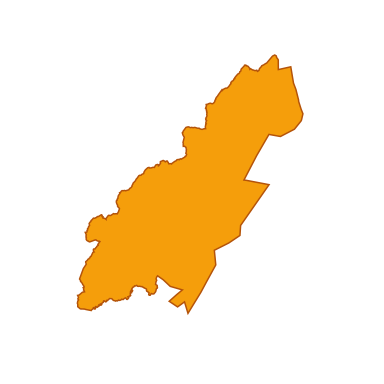 Bayantes, Dzavhan, Mongolia, rotated 305°
{"feature_id": "93677404B69236363496487", "entity_name": "Bayantes", "entity_type": "district", "adm_level": 2, "iso_a3": "MNG", "parent_name": "Mongolia", "parent_adm1": "Dzavhan", "projection": "natural_earth1", "projection_center": [96.047, 49.77], "detail": "fine", "context": "isolated", "style": "filled", "palette": "amber", "viewbox_px": 384, "rotation_deg": 305, "n_neighbors": 0, "source": "geoboundaries", "source_scale": "gbopen_adm2", "svg_char_len": 5967}
<svg xmlns="http://www.w3.org/2000/svg" viewBox="0 0 384 384"><g transform="rotate(305 192 192)"><path d="M313.8,240.4L319.7,238.0L322.4,233.9L327.3,227.5L328.5,226.5L335.6,218.3L339.4,212.7L351.2,201.1L341.8,192.5L349.7,186.9L350.4,185.3L350.6,184.3L351.8,183.0L351.7,181.2L349.5,180.0L340.3,179.2L339.4,178.6L337.0,177.7L336.5,177.3L335.3,176.7L334.7,176.9L332.9,176.6L331.3,176.6L330.1,177.1L328.4,176.5L328.6,175.8L328.9,175.2L328.4,175.0L327.4,173.7L327.1,172.3L326.7,171.5L326.6,169.2L325.8,169.0L326.3,168.5L327.1,166.0L326.9,164.8L326.6,164.3L326.8,164.0L326.5,163.6L326.7,163.2L326.3,163.0L326.0,162.3L325.3,162.5L320.8,161.8L319.1,162.6L317.9,162.2L316.7,162.6L315.9,162.5L315.0,161.9L313.9,161.7L313.3,161.8L312.5,161.6L310.2,161.5L309.6,161.6L309.4,162.0L309.0,161.7L308.4,161.5L307.9,161.8L306.5,161.7L305.7,161.2L305.2,161.3L304.3,161.0L303.5,161.3L303.0,161.8L302.5,161.6L299.5,161.6L298.2,161.4L297.0,161.0L296.6,160.2L296.3,160.1L295.9,159.7L294.1,158.8L292.4,158.5L292.8,157.9L287.3,157.8L284.9,157.9L283.6,157.7L282.0,157.9L281.5,158.3L280.4,158.2L279.0,158.8L277.3,158.7L276.2,158.3L275.6,157.3L275.3,156.2L274.9,155.7L273.8,154.9L273.1,154.6L271.8,153.4L271.5,153.7L271.4,154.2L271.0,154.2L270.7,154.5L270.2,154.5L269.8,154.9L268.9,154.9L268.2,155.2L268.4,155.8L267.8,156.3L267.4,156.9L266.8,157.2L266.7,157.8L265.9,158.1L265.7,158.3L265.6,158.8L263.9,159.6L263.4,160.3L262.0,160.9L261.1,160.8L260.1,161.4L259.8,161.3L259.5,161.8L259.0,161.9L258.9,163.0L257.3,163.3L256.2,163.9L256.1,164.6L255.1,164.5L254.6,164.9L253.5,165.2L252.9,165.8L252.2,166.1L251.7,166.8L250.6,165.5L249.1,164.4L248.5,163.1L248.3,162.2L248.4,161.4L247.3,159.7L246.7,157.6L246.1,156.7L245.4,156.2L244.7,154.6L244.0,154.0L243.7,153.5L243.5,152.0L242.7,151.0L241.4,150.0L236.6,149.9L235.7,150.3L234.9,150.1L233.4,152.1L232.4,154.3L227.4,156.2L226.5,157.3L225.9,157.5L224.4,158.7L225.1,159.4L225.2,159.9L225.0,160.9L225.1,161.5L223.7,162.8L223.5,163.2L222.6,163.5L221.6,164.3L220.2,164.7L219.9,165.7L219.6,166.1L217.8,166.4L217.2,165.9L216.5,166.1L212.7,164.3L212.7,163.8L212.3,163.3L211.1,163.0L211.0,162.4L209.9,161.2L208.3,161.0L207.2,160.3L203.9,159.2L203.4,159.2L203.5,158.9L201.8,156.8L202.6,155.6L202.7,154.9L203.2,154.1L202.9,153.5L201.4,152.8L201.6,152.4L201.4,150.5L200.7,149.8L200.1,149.6L198.8,148.7L198.3,148.8L197.6,149.7L194.6,149.7L194.2,149.5L195.0,148.8L194.7,147.8L193.2,146.8L190.5,147.1L190.0,146.0L188.3,144.7L187.3,143.4L187.5,142.7L186.4,141.8L183.4,141.1L181.1,141.2L179.3,141.8L177.5,140.7L176.4,140.6L175.5,139.4L174.8,139.1L171.3,139.1L170.9,138.9L168.4,139.2L165.4,138.7L164.7,139.0L162.8,139.2L162.4,139.6L161.3,139.6L160.1,139.4L159.2,138.9L157.6,139.0L154.9,136.9L154.6,135.9L153.5,134.8L153.0,133.9L151.9,133.6L150.9,133.7L149.9,133.1L149.5,133.8L147.0,133.7L145.3,134.3L144.2,135.0L143.3,134.8L142.9,134.9L142.7,135.2L142.3,135.4L141.5,135.1L140.9,135.4L140.2,135.9L139.1,137.3L138.6,138.6L137.8,139.0L137.3,140.0L137.1,141.3L136.7,142.2L133.5,143.1L131.2,143.3L130.8,142.4L129.5,140.9L129.3,140.1L126.1,138.9L125.1,137.1L124.6,136.9L120.7,136.8L120.3,137.2L120.3,135.5L119.6,134.1L120.5,133.5L120.2,133.3L120.3,132.4L121.1,132.0L121.5,131.1L121.2,130.7L118.4,129.5L117.5,128.5L116.5,128.4L114.6,127.3L114.2,126.4L113.8,126.2L112.3,126.1L110.7,125.7L109.7,126.1L109.1,125.8L107.2,125.8L105.8,127.3L104.4,127.1L103.1,127.7L102.2,127.4L101.1,128.3L100.4,128.0L99.3,128.8L98.7,128.8L97.7,127.7L96.3,130.0L95.8,130.0L95.1,130.7L94.3,130.9L94.1,131.6L92.7,132.3L92.1,133.3L92.0,134.6L92.3,135.2L92.2,136.1L92.5,136.9L97.4,140.3L97.7,141.1L97.5,141.3L97.9,143.3L98.6,144.5L98.6,145.0L96.4,144.9L95.8,145.1L95.2,144.9L94.7,145.2L94.5,145.7L92.8,145.2L91.8,145.4L90.8,145.1L89.9,145.3L88.8,144.1L88.1,144.3L86.9,145.5L86.7,146.1L86.3,145.7L85.5,145.5L81.4,146.2L80.7,145.8L79.7,146.1L78.8,145.8L78.2,145.9L77.4,145.4L75.8,145.4L74.0,144.9L73.4,145.3L72.2,146.8L67.0,146.9L56.2,149.8L55.5,151.6L54.9,151.9L54.7,152.4L54.7,153.1L54.1,154.7L53.5,155.6L53.2,156.7L52.4,158.1L52.2,158.2L51.2,157.7L50.7,158.8L49.5,159.4L49.5,160.0L49.1,160.3L48.6,161.2L47.0,159.7L42.8,158.6L41.7,157.6L40.6,159.5L38.9,159.8L38.8,160.7L38.5,161.0L37.1,161.0L35.1,161.9L34.4,162.9L32.5,164.2L32.2,167.5L32.3,167.8L34.4,171.0L34.9,172.5L37.1,177.4L37.4,177.3L39.7,177.9L40.7,177.6L40.8,177.8L40.1,178.5L40.3,179.4L40.7,179.8L41.3,179.7L41.9,178.9L42.8,178.7L43.0,178.9L42.8,179.5L43.1,179.8L43.0,180.3L43.2,180.5L44.4,180.5L44.6,181.1L44.9,181.2L45.3,181.1L45.9,180.6L46.1,181.4L46.4,181.6L47.2,181.1L47.7,181.1L47.8,181.2L47.7,181.5L47.2,182.0L47.2,182.3L47.5,182.6L48.1,182.6L49.1,182.0L50.8,182.6L51.8,182.1L52.3,182.2L52.5,182.5L52.4,184.0L52.6,184.5L53.3,184.6L54.2,184.2L54.4,184.4L54.3,184.8L54.5,185.1L55.6,185.2L57.5,185.7L58.6,187.5L58.2,189.0L58.2,190.1L58.7,191.3L58.8,192.0L59.6,192.5L60.1,193.5L61.2,193.7L61.7,194.9L62.8,195.7L63.9,195.9L64.3,197.2L66.1,197.7L67.2,198.3L67.2,198.7L66.6,200.0L66.8,200.5L68.1,200.9L69.2,200.8L69.5,200.6L69.2,200.0L69.4,199.7L69.9,200.5L70.9,200.3L71.5,201.1L72.1,201.1L73.0,199.9L74.2,199.3L74.3,199.9L74.7,200.3L75.2,200.1L75.3,199.3L76.2,200.1L77.1,200.0L77.4,199.4L76.6,198.6L77.6,198.5L78.5,198.1L79.0,198.3L79.9,198.2L81.1,198.8L82.2,198.8L82.6,199.6L83.8,200.3L83.6,201.5L83.8,202.0L84.8,203.2L85.4,204.8L85.9,205.3L85.8,205.9L86.0,206.7L85.9,207.4L86.2,207.9L86.1,208.6L86.4,210.0L86.3,210.5L85.1,211.3L84.8,211.8L85.0,213.0L84.7,213.9L84.8,214.6L83.1,215.4L82.9,216.2L83.5,217.0L85.5,216.9L85.9,218.3L86.7,219.2L89.5,219.4L92.4,218.3L93.4,218.7L93.9,218.5L94.3,217.8L95.0,217.6L95.5,217.0L95.4,215.2L97.8,214.0L99.5,213.7L100.1,212.5L100.4,212.3L102.4,211.8L103.6,211.9L103.6,218.8L102.2,228.3L106.3,240.3L99.5,238.4L89.4,236.0L89.6,246.1L97.7,248.9L90.3,258.3L115.0,256.8L126.7,255.4L145.9,253.3L157.1,243.7L171.4,251.4L183.9,256.2L192.5,251.0L242.2,250.9L232.8,230.0L231.6,227.7L258.9,224.1L283.3,222.0L288.2,232.6L302.2,239.9L312.7,240.6L313.8,240.4Z" fill="#f59e0b" stroke="#b45309" stroke-width="1.5"/></g></svg>